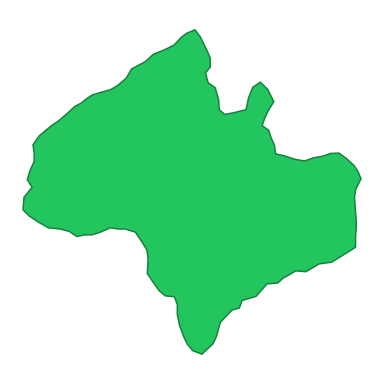 Marmelópolis, Minas Gerais, Brazil
{"feature_id": "56859067B23213447356300", "entity_name": "Marmelópolis", "entity_type": "district", "adm_level": 2, "iso_a3": "BRA", "parent_name": "Brazil", "parent_adm1": "Minas Gerais", "projection": "mercator", "projection_center": [-45.172, -22.465], "detail": "fine", "context": "isolated", "style": "filled", "palette": "green", "viewbox_px": 384, "rotation_deg": 0, "n_neighbors": 0, "source": "geoboundaries", "source_scale": "gbopen_adm2", "svg_char_len": 1471}
<svg xmlns="http://www.w3.org/2000/svg" viewBox="0 0 384 384"><path d="M201.9,354.2L213.1,343.7L216.7,335.7L220.4,322.2L232.2,310.0L239.4,308.0L242.1,300.5L256.0,296.4L267.0,283.9L277.7,283.0L282.8,278.4L295.9,270.9L306.0,271.7L319.0,263.9L331.7,262.2L355.5,247.3L355.6,235.6L356.3,228.2L356.2,219.7L355.2,208.0L354.5,196.8L355.9,188.8L361.0,178.9L358.0,171.5L354.1,165.6L347.3,159.3L339.0,153.1L330.7,153.4L323.1,156.1L313.6,157.8L304.6,161.0L294.9,159.3L284.3,155.8L275.6,153.9L274.5,145.3L271.0,137.6L268.8,130.4L262.2,125.7L264.5,118.7L268.4,110.4L273.8,101.6L267.7,89.4L260.4,82.2L252.9,87.1L248.6,97.6L246.0,109.7L232.9,112.9L224.6,114.4L219.3,109.7L218.6,99.6L215.2,87.7L208.1,82.7L205.5,72.9L210.2,67.1L210.2,58.0L206.9,50.2L203.6,43.7L200.4,37.0L195.0,29.8L187.1,33.0L181.6,37.0L173.8,45.2L163.6,50.2L153.5,54.2L145.2,61.7L138.0,65.5L131.4,69.1L126.4,78.0L117.7,85.4L110.5,89.7L101.8,92.1L92.3,94.9L86.6,98.7L81.2,103.0L74.6,106.6L67.4,113.3L59.4,120.2L51.8,125.4L45.7,130.4L39.2,135.9L33.0,144.9L34.2,153.6L34.2,161.3L29.8,171.1L27.3,179.8L32.1,187.2L24.0,197.3L23.0,209.8L29.5,216.2L38.1,222.0L48.3,227.8L60.2,229.0L69.2,231.4L76.8,236.5L84.7,234.9L92.1,234.8L100.2,232.2L110.4,227.8L118.1,229.0L125.3,229.0L135.4,232.2L142.2,242.3L146.9,250.0L148.1,258.4L147.3,273.5L153.5,282.7L159.3,290.9L165.4,295.9L174.3,296.7L177.3,304.5L177.3,314.2L179.4,324.9L183.5,336.2L187.4,344.4L192.8,350.7L201.9,354.2Z" fill="#22c55e" stroke="#15803d" stroke-width="1.5"/></svg>